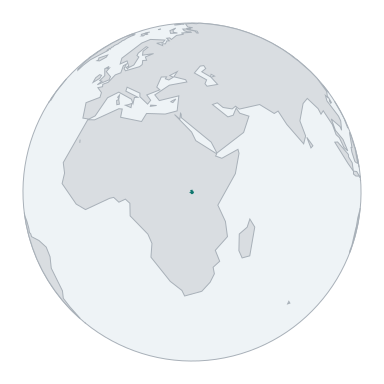 Masindi highlighted on a globe, orthographic projection, rotated 346°
{"feature_id": "UGA-3102", "entity_name": "Masindi", "entity_type": "District", "adm_level": 1, "iso_a3": "UGA", "parent_name": "Uganda", "parent_adm1": "", "projection": "orthographic", "projection_center": [31.719, 1.811], "detail": "fine", "context": "on_globe", "style": "filled", "palette": "teal", "viewbox_px": 384, "rotation_deg": 346, "n_neighbors": 0, "source": "natural_earth", "source_scale": "10m", "svg_char_len": 6719}
<svg xmlns="http://www.w3.org/2000/svg" viewBox="0 0 384 384"><g transform="rotate(346 192 192)"><circle cx="192" cy="192" r="169" fill="#eef3f6" stroke="#a8b0b8"/><path d="M97.5,51.9L91.1,56.8L88.4,58.8L84.0,62.1L97.5,51.9ZM75.8,69.3L74.5,70.6L74.2,70.8L75.8,69.3ZM24.3,171.4L24.0,174.5L24.7,180.3L24.9,187.7L24.5,192.0L25.4,193.6L25.5,196.5L31.8,202.1L37.2,210.2L38.6,220.5L37.0,231.9L42.4,256.6L41.4,264.0L45.7,273.8L53.0,287.7L52.1,286.7L45.6,276.4L40.0,265.7L35.1,254.6L31.0,243.2L27.7,231.5L25.3,219.7L23.8,207.6L23.1,195.5L23.3,183.4L24.3,171.4ZM56.5,292.9L56.9,293.5L57.1,293.7L56.5,292.9ZM322.8,85.1L323.5,86.0L319.6,81.3L322.7,85.5L326.0,89.5L326.1,89.3L330.4,95.6L335.8,103.3L340.9,112.1L347.0,127.1L346.5,131.3L347.4,134.3L344.8,130.6L345.0,136.3L352.5,153.9L353.5,159.0L352.1,168.3L351.5,164.4L344.8,154.8L346.1,166.9L351.2,177.5L353.1,189.8L350.3,185.7L348.1,174.9L345.7,171.2L344.5,160.5L339.0,144.9L336.0,147.7L334.5,141.6L326.5,129.1L321.2,133.0L313.9,149.1L315.8,165.1L312.0,172.3L300.3,149.3L295.1,134.3L290.8,135.7L278.8,123.5L257.9,123.0L255.0,119.3L251.1,121.1L242.6,117.5L238.1,111.6L233.0,112.1L245.0,127.8L250.5,127.5L255.1,121.3L257.4,127.1L265.6,132.2L256.5,146.7L225.6,160.2L222.7,148.3L199.6,117.3L200.3,113.9L200.2,113.5L199.9,112.8L197.8,118.4L193.8,112.6L206.1,133.7L208.1,143.1L225.2,160.9L223.6,162.8L229.1,166.5L246.9,161.7L247.0,165.8L238.5,184.7L213.9,211.0L217.3,228.7L215.6,243.9L200.5,254.2L202.1,265.9L194.3,270.1L193.9,276.8L187.8,283.9L177.5,290.7L159.7,291.1L158.4,285.1L149.3,273.5L136.4,245.3L140.7,232.2L139.0,222.2L126.2,200.2L129.0,187.9L125.6,182.8L118.6,184.2L114.7,178.3L110.5,178.2L84.4,183.3L76.7,175.7L68.0,152.4L72.9,142.9L74.2,132.3L108.3,96.7L115.0,98.4L141.2,93.5L144.4,94.6L140.8,102.2L160.1,111.4L166.9,104.8L184.9,109.9L197.2,109.7L202.5,95.5L182.4,95.4L179.4,88.8L195.9,82.9L213.6,84.0L213.0,81.5L202.3,75.8L206.8,71.6L198.6,73.6L201.6,76.1L196.6,77.7L193.5,75.7L195.2,74.1L190.0,73.0L183.2,81.7L185.5,85.1L171.6,86.9L174.1,93.0L170.2,96.0L164.5,86.9L165.4,83.5L154.4,74.6L152.2,78.1L162.4,87.0L159.0,86.4L156.1,92.1L155.7,87.3L145.1,77.4L132.9,80.1L116.5,94.7L109.5,96.3L104.0,93.9L110.8,79.7L125.6,77.9L128.2,73.6L125.9,68.0L130.7,68.2L131.5,65.9L137.2,65.3L145.9,59.8L151.8,59.1L155.9,52.9L159.5,51.9L156.0,55.7L156.8,58.3L171.5,57.7L174.5,56.3L176.0,52.5L179.8,53.2L179.4,49.7L188.2,48.4L177.1,47.3L178.5,43.6L184.2,41.0L182.7,39.9L173.5,44.2L171.6,46.3L173.1,48.2L166.3,54.7L161.1,55.9L160.7,49.1L153.3,50.4L156.3,45.2L179.3,35.3L188.6,33.9L202.5,38.0L200.0,39.9L193.7,39.1L198.9,42.8L198.8,41.0L202.0,41.8L204.1,39.3L206.5,39.8L204.6,36.7L207.7,37.1L208.9,39.0L214.8,36.3L221.6,36.9L221.8,36.1L220.1,35.1L229.8,36.9L229.5,36.3L226.2,35.4L223.5,33.7L222.5,31.7L225.9,32.4L226.7,33.2L233.6,36.4L235.2,39.0L236.5,39.2L235.9,37.2L227.5,33.2L226.0,31.8L230.4,33.4L228.6,32.7L228.9,32.3L232.4,32.7L227.8,30.9L226.4,27.3L232.9,28.4L237.0,29.8L239.6,29.9L240.7,30.2L252.5,34.3L264.1,39.2L275.2,44.9L285.8,51.5L296.0,58.8L305.6,66.9L314.5,75.7L322.8,85.1ZM96.1,114.1L95.0,117.2L96.1,114.1ZM232.2,93.0L242.9,93.8L238.2,85.2L241.9,85.0L239.0,82.4L237.8,84.7L230.6,77.7L235.2,75.5L234.0,72.2L230.4,71.8L223.1,77.1L233.3,86.7L230.8,90.1L232.2,93.0ZM80.4,65.8L76.5,69.5L78.7,67.2L76.7,68.9L78.7,66.6L87.2,59.7L83.0,63.1L80.4,65.8ZM130.8,55.8L132.5,56.9L130.0,59.4L122.5,61.7L126.1,57.9L130.8,55.8ZM135.5,58.0L137.2,51.3L141.9,50.1L139.0,51.8L141.9,51.7L138.0,54.5L140.8,60.4L138.7,63.1L126.1,65.0L131.4,62.7L129.4,61.6L135.5,58.0ZM133.3,41.1L134.1,39.4L143.3,38.7L141.5,40.4L133.9,42.4L131.6,41.6L133.3,41.1ZM126.4,36.3L125.7,36.6L124.5,37.1L126.4,36.3ZM160.4,26.0L161.2,25.9L163.4,25.5L168.6,24.7L168.2,25.1L170.8,24.7L174.8,24.4L175.0,24.9L171.5,25.0L174.3,25.7L169.4,26.2L170.0,26.2L166.2,27.0L162.8,28.2L160.6,28.4L160.2,28.9L157.7,29.6L156.4,30.3L152.1,31.1L150.2,32.2L149.2,32.0L147.0,33.7L146.7,32.8L143.5,34.0L145.5,34.2L125.4,39.1L117.3,42.6L110.6,46.3L111.0,45.0L117.5,41.0L126.7,36.5L134.5,33.6L133.2,33.8L136.6,32.6L136.2,33.0L138.9,31.8L141.5,31.0L149.7,28.5L151.3,28.0L160.4,26.0ZM172.7,24.1L170.4,24.5L166.7,24.9L172.7,24.1ZM148.4,91.7L150.9,91.9L155.0,91.5L153.2,95.4L148.4,91.7ZM141.0,85.0L143.3,84.5L142.8,89.2L140.2,89.1L141.0,85.0ZM145.1,80.4L143.5,84.1L142.8,82.1L145.1,80.4ZM158.2,55.2L160.8,54.6L160.9,55.5L159.3,56.9L158.2,55.2ZM182.3,28.8L180.6,28.3L181.5,28.1L181.0,26.8L184.6,26.6L186.3,27.3L182.3,28.8ZM198.8,97.9L195.1,100.6L193.3,99.3L195.0,98.6L198.8,97.9ZM172.9,97.7L178.6,99.5L172.3,98.8L172.9,97.7ZM186.1,28.3L185.5,27.7L187.7,28.0L186.1,28.3ZM187.2,26.4L189.8,26.6L185.0,26.4L187.2,26.4ZM259.5,321.5L260.1,323.5L257.7,323.7L259.5,321.5ZM244.4,241.2L232.6,267.9L224.7,268.1L223.3,260.3L227.7,244.2L237.0,239.5L241.6,232.2L244.4,241.2ZM358.4,220.3L358.4,221.3L358.2,222.1L358.4,220.3ZM358.6,217.3L358.8,217.8L358.2,219.0L358.6,217.3ZM359.0,217.6L358.9,218.0L359.1,217.1L359.0,217.6ZM358.2,217.1L354.8,216.1L353.0,213.6L353.8,210.8L356.8,212.0L358.2,217.1ZM353.6,210.7L350.3,202.1L342.6,178.2L345.4,178.7L352.8,193.3L352.4,195.8L354.5,202.5L353.6,210.7ZM360.2,196.9L359.7,204.3L358.3,203.1L357.4,201.7L356.8,192.0L357.1,187.2L358.0,187.5L359.2,172.1L360.0,176.3L360.2,182.9L360.7,189.6L360.2,196.9ZM316.6,166.7L320.5,176.4L318.1,178.0L316.6,166.7ZM358.0,161.3L358.6,167.8L357.5,158.9L358.0,161.3ZM356.3,152.8L357.1,156.3L356.3,152.8L356.3,152.8ZM348.9,138.9L348.1,139.5L347.3,137.1L347.8,135.0L348.9,138.9ZM344.8,119.9L347.8,126.6L348.7,128.9L346.8,124.6L344.8,119.9ZM215.9,29.0L212.6,30.7L212.6,32.5L216.3,34.2L209.6,32.9L209.6,30.1L215.9,29.0ZM224.7,27.3L221.4,26.4L223.7,26.7L224.8,26.9L224.7,27.3ZM222.1,26.8L216.4,26.0L215.1,25.4L219.9,26.2L222.1,26.8ZM201.3,26.2L200.0,26.6L198.3,26.2L201.3,26.2ZM331.2,287.8L330.0,289.3L330.8,287.4L334.2,282.5L342.1,267.0L342.2,267.4L346.6,257.2L351.1,249.0L351.3,248.3L345.8,262.0L339.0,275.3L331.2,287.8ZM360.9,197.3L360.9,197.6L360.8,198.3L360.6,203.1L360.8,199.8L360.1,208.4L360.1,208.1L360.5,200.5L360.9,191.7L360.9,188.2L361.0,190.2L360.9,191.4L360.9,196.2L360.9,195.4L360.9,197.3ZM358.1,161.2L358.2,161.4L357.3,157.2L357.4,157.3L358.1,161.2ZM356.4,153.2L356.0,151.7L352.2,138.5L352.2,138.4L355.1,148.0L355.6,149.8L356.4,153.2Z" fill="#d9dde1" stroke="#a8b0b8" stroke-width="1"/><path d="M193.1,192.5L192.9,192.8L192.7,193.0L192.3,193.3L192.2,193.3L191.9,193.4L191.4,193.3L191.2,193.2L191.1,192.6L191.0,192.3L190.9,192.2L191.1,192.2L191.3,192.3L191.5,192.2L191.6,191.8L191.8,191.7L191.7,191.6L191.6,191.4L191.5,191.0L191.5,190.8L191.5,190.6L191.8,190.7L192.1,190.6L192.1,190.9L192.1,191.3L192.3,191.3L192.4,191.5L192.5,191.5L192.4,191.9L192.4,192.0L192.5,192.1L192.5,192.4L192.8,192.5L192.9,192.4L193.0,192.4L193.1,192.5Z" fill="#14b8a6" stroke="#0f766e" stroke-width="1.5"/></g></svg>